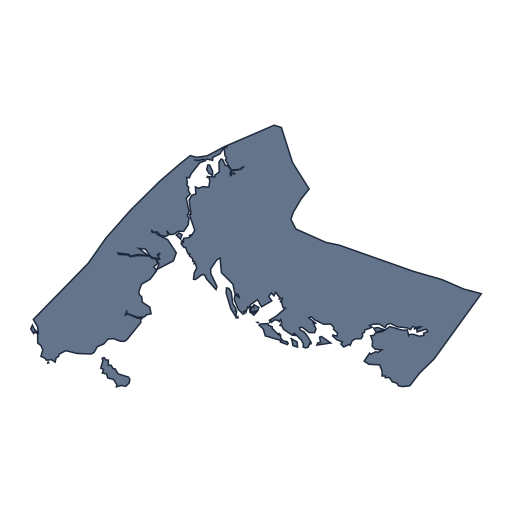 outline of Kaimana, Papua Barat, Indonesia
{"feature_id": "22746128B93097528927367", "entity_name": "Kaimana", "entity_type": "district", "adm_level": 2, "iso_a3": "IDN", "parent_name": "Indonesia", "parent_adm1": "Papua Barat", "projection": "albers", "projection_center": [133.918, -3.548], "detail": "fine", "context": "isolated", "style": "filled", "palette": "slate", "viewbox_px": 512, "rotation_deg": 0, "n_neighbors": 0, "source": "geoboundaries", "source_scale": "gbopen_adm2", "svg_char_len": 6120}
<svg xmlns="http://www.w3.org/2000/svg" viewBox="0 0 512 512"><path d="M434.1,359.0L481.3,293.7L463.9,289.1L442.0,279.6L413.3,271.3L339.4,245.2L325.7,242.3L295.9,229.0L290.9,219.4L293.4,212.1L301.1,199.1L309.1,188.9L292.6,162.7L281.4,127.5L274.2,125.2L224.7,146.5L207.1,155.8L196.7,157.3L190.3,155.6L179.6,164.1L160.1,180.9L130.7,210.0L105.9,238.1L88.1,263.4L33.3,319.5L37.7,327.1L38.3,332.7L34.5,329.5L32.4,325.1L30.7,329.0L33.7,333.6L34.6,332.0L37.6,333.6L37.7,343.1L40.9,345.5L42.8,349.9L40.9,356.4L45.1,358.3L46.1,360.1L51.7,359.7L55.1,362.2L56.1,357.9L58.7,356.3L58.9,354.3L65.7,350.7L77.4,353.5L91.2,354.0L94.1,352.4L97.3,346.7L103.8,343.9L108.0,339.1L113.6,338.7L120.6,341.3L124.5,341.3L126.9,339.7L140.9,322.4L140.7,319.7L142.6,317.7L138.0,318.4L127.9,314.0L125.4,314.9L126.8,310.3L126.6,313.2L137.4,317.3L144.0,317.1L146.8,314.7L151.1,313.8L149.8,307.1L142.3,302.2L141.8,297.0L139.2,294.3L138.9,291.4L141.6,284.1L150.1,279.3L156.6,270.7L153.8,266.8L157.6,263.5L155.5,258.4L152.2,258.7L149.2,256.0L137.9,255.5L130.1,256.8L128.4,255.0L118.4,254.4L117.8,253.0L128.7,254.2L130.6,256.1L137.3,254.5L148.0,255.4L138.8,248.4L145.5,249.2L149.9,255.7L153.4,258.1L155.9,257.7L156.6,259.0L159.2,258.2L157.3,254.7L160.2,252.9L158.1,255.9L159.8,259.0L156.9,260.4L159.0,263.9L156.7,269.6L173.5,260.8L176.3,252.8L167.7,239.7L156.8,234.2L156.6,232.6L152.3,232.5L151.3,229.9L153.5,232.3L157.2,231.9L160.6,235.4L166.0,236.5L168.4,234.8L166.5,230.6L170.2,234.6L173.5,234.3L178.3,231.3L183.7,231.4L188.2,224.7L189.0,218.2L187.3,215.9L189.1,211.4L186.2,198.3L190.2,194.0L188.3,190.6L188.7,187.2L186.5,184.8L187.4,183.1L186.5,177.4L189.3,177.9L191.1,173.8L199.8,162.8L205.0,160.8L203.0,159.3L198.3,160.8L194.1,159.8L198.3,160.5L203.4,159.1L205.4,160.4L206.9,159.0L212.6,160.4L212.8,157.4L219.8,153.9L224.6,146.7L227.3,146.1L225.4,147.1L227.3,147.6L225.3,147.2L224.1,148.7L225.0,155.7L226.7,158.3L225.3,160.0L230.6,168.9L232.1,170.4L233.1,169.8L240.5,169.3L241.1,168.2L244.2,166.3L240.7,169.5L231.9,170.8L230.7,173.2L234.1,173.2L235.3,174.1L230.7,173.4L231.3,174.1L231.4,174.7L231.3,175.4L230.5,175.7L230.3,172.3L231.6,170.8L228.0,166.1L225.2,165.1L222.5,159.4L221.0,159.1L219.0,162.0L219.2,172.0L215.1,174.9L214.7,177.0L208.7,176.7L209.8,181.0L208.8,187.1L202.7,186.7L198.6,188.3L195.4,186.9L195.9,194.0L191.9,195.2L189.1,200.0L191.0,214.2L189.3,214.4L194.8,230.4L191.3,235.8L188.6,237.7L183.7,238.3L183.4,242.2L181.1,243.8L184.0,247.5L185.6,247.4L187.6,252.8L188.7,254.4L189.9,253.9L189.5,256.0L192.5,258.6L192.9,261.4L194.4,261.6L194.0,263.8L195.5,263.7L196.7,268.2L194.2,272.8L193.5,279.3L195.5,279.5L201.4,275.0L204.5,274.7L206.5,279.0L216.0,289.6L216.9,286.4L210.8,273.5L210.7,268.9L216.9,259.8L220.1,258.0L221.4,272.6L232.9,284.1L234.7,292.8L236.6,294.6L237.9,294.1L239.7,298.1L235.1,294.3L234.2,299.6L238.4,309.5L243.0,314.2L245.0,313.1L243.6,311.6L245.5,310.7L246.2,311.8L247.6,307.0L248.6,307.9L250.9,304.3L257.5,299.7L261.6,306.8L271.8,300.9L268.7,296.5L271.4,292.9L273.9,295.8L275.8,292.4L279.8,297.9L279.3,299.1L282.3,298.2L281.4,302.1L283.1,307.6L285.4,308.2L276.3,316.1L268.8,320.6L270.1,320.1L269.9,322.0L270.9,321.2L271.4,322.4L274.6,319.9L277.9,320.3L279.2,321.7L280.7,319.5L281.6,322.9L280.0,325.3L281.8,325.8L283.5,329.3L292.2,335.2L295.1,335.4L293.6,333.6L294.6,333.5L301.2,339.9L303.4,343.8L303.1,347.0L305.3,347.9L308.1,347.3L309.8,343.2L310.8,343.9L311.3,342.8L307.0,335.5L303.7,331.6L300.2,330.0L299.4,327.6L302.3,327.3L309.1,332.6L314.6,332.7L316.0,329.1L313.3,322.9L316.3,323.7L308.7,317.8L311.3,316.8L314.4,319.7L323.9,324.3L330.7,324.0L333.6,327.0L333.6,329.4L337.4,333.0L337.1,336.1L332.8,335.0L332.7,336.1L336.9,339.8L342.4,341.9L340.9,344.0L343.7,347.0L349.3,344.4L350.2,345.4L352.1,340.9L355.2,338.9L361.1,338.7L362.8,335.9L362.1,333.7L364.5,332.3L364.7,330.1L372.0,327.3L369.5,325.5L373.4,324.1L379.4,324.1L385.1,327.6L387.2,324.4L390.7,323.5L397.1,326.8L407.4,327.9L410.5,329.7L412.6,326.4L416.2,327.7L419.1,326.7L421.0,326.8L416.7,329.2L417.1,332.0L426.3,329.2L427.8,331.6L423.6,333.2L423.8,335.5L419.1,336.2L413.5,334.3L409.3,334.4L408.7,335.6L407.3,329.9L402.8,330.3L389.8,326.6L382.9,331.4L375.3,333.1L374.0,335.3L370.7,335.7L372.6,341.3L372.1,346.1L375.1,349.3L381.9,349.8L378.0,352.4L375.9,351.7L370.5,354.2L369.6,353.1L364.1,361.2L369.0,364.3L379.6,364.9L382.2,371.5L382.0,376.0L385.1,376.0L385.3,377.7L389.4,377.5L392.3,381.8L396.7,383.1L398.6,385.9L402.5,386.6L409.8,385.8L419.5,373.2L434.1,359.0ZM106.2,360.0L104.0,357.5L102.1,358.3L102.9,360.8L100.7,368.2L103.5,369.4L102.3,373.0L106.5,374.0L107.8,378.0L113.5,379.4L116.8,384.6L116.4,386.8L121.3,385.5L125.8,386.3L129.3,382.8L129.8,379.3L128.5,377.1L118.0,373.8L115.2,368.9L113.1,368.6L111.0,365.2L108.4,365.2L108.3,360.1L106.2,360.0ZM268.1,323.5L259.7,324.1L259.1,325.2L263.2,328.9L265.3,335.9L280.7,340.4L280.4,342.0L287.3,344.6L288.2,343.5L287.2,341.7L283.0,340.8L280.8,338.1L280.5,334.8L278.5,333.0L279.5,335.5L277.3,333.6L272.1,328.2L272.3,326.8L268.2,325.1L268.1,323.5ZM231.3,292.1L229.0,288.4L226.5,287.9L226.1,292.8L230.8,308.7L235.9,316.9L236.6,311.0L235.4,311.2L236.0,308.7L232.7,303.5L231.3,292.1ZM321.5,336.5L319.5,337.2L320.6,342.2L317.6,343.0L316.8,345.1L330.8,343.0L321.5,336.5ZM259.0,307.5L254.1,304.8L253.9,307.0L253.3,305.8L251.9,307.2L250.0,306.4L249.8,307.7L251.5,308.7L250.3,309.1L250.8,310.8L249.7,310.1L250.0,312.3L257.6,310.5L259.0,307.5ZM297.6,347.1L297.1,341.9L290.4,338.1L291.7,339.1L292.9,345.6L297.6,347.1ZM207.9,164.9L206.7,169.5L209.0,173.4L212.7,175.6L212.6,171.3L209.6,165.0L207.9,164.9ZM377.7,327.5L373.7,328.2L376.1,332.1L384.6,329.7L377.7,327.5ZM179.0,233.0L176.2,235.0L180.5,239.1L182.1,234.7L179.0,233.0ZM253.9,315.2L256.9,311.7L251.6,313.2L253.9,315.2ZM414.0,329.3L416.0,328.2L414.9,328.1L414.0,329.3ZM236.6,317.8L238.1,317.8L237.8,316.7L236.6,317.8ZM188.9,235.5L190.6,235.8L191.1,234.9L188.9,235.5ZM182.4,242.2L182.0,240.6L181.3,241.7L182.4,242.2ZM47.7,363.1L48.7,362.9L48.1,361.9L47.7,363.1ZM206.9,177.9L207.9,176.6L207.3,176.4L206.9,177.9ZM280.1,302.3L280.9,301.5L280.7,301.1L280.1,302.3ZM257.7,322.8L259.0,322.4L257.2,322.4L257.7,322.8Z" fill="#64748b" stroke="#1e293b" stroke-width="1.5"/></svg>